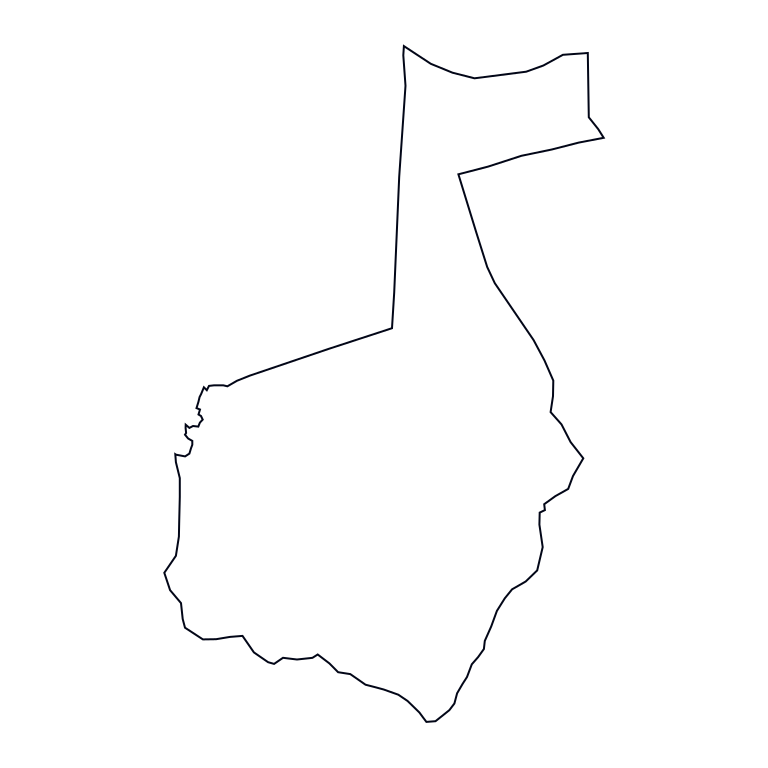 the district of Moniatis, Limassol, Cyprus
{"feature_id": "46923920B35123648291300", "entity_name": "Moniatis", "entity_type": "district", "adm_level": 2, "iso_a3": "CYP", "parent_name": "Cyprus", "parent_adm1": "Limassol", "projection": "robinson", "projection_center": [32.9, 34.886], "detail": "fine", "context": "isolated", "style": "outline", "palette": "ink", "viewbox_px": 768, "rotation_deg": 0, "n_neighbors": 0, "source": "geoboundaries", "source_scale": "gbopen_adm2", "svg_char_len": 1617}
<svg xmlns="http://www.w3.org/2000/svg" viewBox="0 0 768 768"><path d="M175.3,454.2L175.9,462.2L179.8,478.1L179.8,497.0L179.2,521.6L178.9,536.6L175.9,555.8L164.3,572.8L170.1,590.2L181.0,603.1L182.7,619.0L185.0,627.7L202.9,639.4L216.1,639.2L230.0,636.9L242.5,635.9L253.9,652.4L268.1,662.2L274.1,663.9L283.0,657.8L289.5,658.6L297.0,659.5L311.0,658.0L312.5,657.8L317.7,654.5L329.4,663.4L338.1,672.2L350.3,674.1L365.5,684.7L375.2,687.2L383.7,689.5L398.3,694.7L407.6,701.0L419.4,712.5L423.3,717.8L426.4,721.9L435.5,721.2L449.3,710.2L454.4,703.5L457.1,693.3L462.7,683.7L467.0,677.0L471.8,664.3L478.1,657.1L483.9,649.0L484.8,640.9L491.2,626.5L496.9,610.9L504.8,598.3L512.1,589.3L525.7,581.5L537.2,570.4L542.7,547.1L539.4,524.6L539.7,512.6L544.9,510.1L544.2,504.2L555.4,496.1L568.2,488.9L573.0,476.0L583.3,458.3L570.6,442.1L561.5,424.4L550.6,412.1L553.0,396.2L553.3,380.6L544.5,360.5L533.6,340.1L494.8,283.2L487.2,267.0L476.3,232.5L458.4,174.3L488.1,166.6L521.4,155.8L551.8,149.5L578.7,142.6L603.7,137.8L598.2,129.1L588.8,117.3L587.8,53.0L562.9,54.8L543.4,65.5L526.2,71.7L474.5,78.3L452.5,72.7L430.8,63.8L403.9,46.1L403.3,55.3L405.5,85.8L399.2,176.8L394.2,292.6L392.0,328.2L328.6,348.9L249.9,375.6L236.9,380.8L227.4,386.3L223.2,385.3L214.3,385.3L209.0,385.9L206.8,390.2L203.9,387.3L201.1,394.1L199.6,397.0L198.4,402.0L196.5,408.1L200.0,409.5L198.5,414.5L201.0,416.0L202.7,419.6L199.9,422.6L198.3,426.6L193.0,426.0L189.4,427.9L185.7,424.7L185.6,428.0L186.1,433.0L185.0,434.7L188.1,438.5L192.3,440.9L192.3,444.8L191.0,448.3L189.4,453.6L185.1,456.4L176.1,454.7L175.3,454.2Z" fill="none" stroke="#020617" stroke-width="2"/></svg>